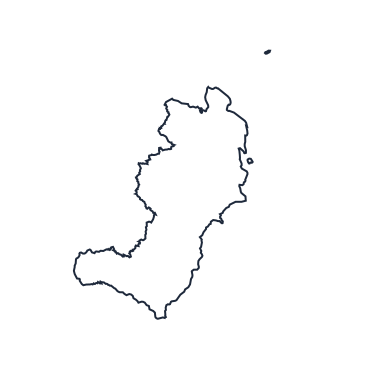 the district of Thung Wa, Satun, Thailand, rotated 146°
{"feature_id": "78962969B89746829348507", "entity_name": "Thung Wa", "entity_type": "district", "adm_level": 2, "iso_a3": "THA", "parent_name": "Thailand", "parent_adm1": "Satun", "projection": "robinson", "projection_center": [99.848, 7.08], "detail": "fine", "context": "isolated", "style": "outline", "palette": "slate", "viewbox_px": 384, "rotation_deg": 146, "n_neighbors": 0, "source": "geoboundaries", "source_scale": "gbopen_adm2", "svg_char_len": 6147}
<svg xmlns="http://www.w3.org/2000/svg" viewBox="0 0 384 384"><g transform="rotate(146 192 192)"><path d="M335.7,184.6L333.8,182.9L333.9,182.2L334.7,181.2L334.8,178.3L334.8,177.3L334.2,175.5L331.4,174.4L328.4,172.5L326.6,171.7L326.0,170.9L324.6,171.2L324.4,170.4L323.8,170.0L322.9,170.2L321.7,169.8L321.4,169.3L320.3,170.0L319.5,167.9L319.0,168.3L318.7,167.8L318.7,168.3L318.0,168.9L317.3,167.2L316.9,167.4L315.6,166.3L314.9,164.1L314.1,163.7L313.5,162.8L313.5,161.9L312.8,161.2L312.5,160.3L311.4,159.6L310.2,155.6L309.6,154.8L309.2,151.4L308.2,149.5L305.4,147.5L305.0,145.4L304.0,143.1L301.1,142.5L299.8,141.1L299.2,139.0L299.9,136.6L298.7,134.1L298.2,131.9L298.3,130.2L295.2,129.3L294.0,128.4L293.0,126.7L292.9,123.6L291.5,121.6L292.8,118.5L290.7,115.1L290.2,112.8L292.2,109.0L292.3,108.1L291.8,106.7L291.2,106.0L286.3,104.3L285.1,102.9L284.8,103.3L283.6,103.0L283.2,104.8L282.7,105.2L280.9,108.4L279.6,108.8L278.5,110.8L276.5,112.5L274.7,112.4L274.0,111.6L273.0,111.3L270.9,112.7L270.0,112.7L266.8,111.2L265.4,111.0L259.1,113.4L254.2,113.7L252.2,115.1L248.3,115.1L245.3,116.5L241.5,120.4L239.2,121.5L238.1,122.8L236.6,126.3L236.1,126.5L233.9,126.6L231.1,124.7L228.8,125.3L228.1,126.3L227.3,128.7L225.3,131.2L223.4,132.0L220.1,132.6L219.0,133.3L218.6,135.1L218.7,136.7L217.3,137.9L216.9,140.8L215.2,141.4L212.0,144.6L211.3,146.4L210.5,147.1L210.7,150.2L207.7,150.4L205.0,152.2L201.0,153.5L200.2,154.7L198.1,154.5L195.6,155.5L194.4,155.1L193.0,156.8L190.1,156.9L188.0,155.0L186.7,153.3L185.4,152.5L185.1,150.5L184.6,149.3L184.1,149.1L183.0,150.2L182.9,151.1L183.2,151.8L182.7,153.7L183.2,154.5L182.7,155.7L181.1,156.5L181.2,158.0L178.3,157.5L176.9,158.5L172.5,159.6L169.8,159.1L167.8,160.4L161.3,159.5L156.5,156.2L152.3,154.7L150.1,158.5L151.6,163.6L151.4,164.9L150.0,168.0L149.5,170.5L148.6,171.4L146.4,169.5L144.9,169.6L143.6,171.0L142.4,170.9L141.4,171.4L141.1,172.3L136.0,175.8L135.3,176.9L135.1,178.5L137.6,183.6L137.3,185.9L135.9,186.4L134.9,188.0L134.1,192.5L133.3,193.2L131.7,195.9L129.6,199.8L129.0,201.9L127.7,201.5L126.5,196.7L126.9,195.1L126.6,194.6L125.4,194.3L123.9,196.5L122.7,200.5L121.5,202.3L119.8,203.8L116.3,209.1L115.5,208.4L114.7,208.4L113.3,209.4L111.8,212.2L110.2,216.4L109.7,215.5L108.4,219.2L108.4,221.4L112.8,234.4L115.6,238.3L116.6,238.9L117.2,240.5L116.8,241.2L114.2,243.5L112.9,243.9L112.6,243.4L111.4,243.3L110.1,244.3L109.3,245.7L108.5,248.1L108.8,251.3L112.5,263.4L112.8,263.5L112.5,263.0L112.9,263.5L113.7,265.2L114.7,265.6L116.7,265.6L117.8,266.2L119.8,269.3L119.8,270.0L121.4,269.5L124.0,266.5L126.4,264.9L128.1,263.2L129.3,260.5L130.1,254.9L131.0,253.3L133.7,252.5L135.2,251.2L135.8,251.4L136.7,253.3L137.4,253.7L138.5,253.3L139.3,252.2L139.8,252.2L140.3,253.1L139.9,255.1L139.4,255.4L137.7,255.1L137.3,255.6L137.4,256.2L139.4,257.4L139.6,259.6L141.6,259.8L143.4,262.2L145.6,263.0L146.2,263.6L146.6,265.4L146.1,267.1L151.0,271.3L152.7,275.3L156.0,278.8L156.3,280.5L163.2,281.1L166.0,279.6L165.8,279.0L164.9,278.5L165.2,277.7L165.1,276.6L166.6,275.8L166.8,274.3L166.6,273.8L167.5,272.7L166.9,271.2L167.5,270.7L167.3,269.8L167.5,268.8L169.9,267.8L170.4,268.1L172.9,266.0L173.5,266.3L174.6,265.8L175.5,264.8L176.6,264.5L176.6,264.0L177.0,264.3L179.6,263.4L180.5,263.7L181.5,263.2L181.6,262.5L182.2,262.7L182.2,262.3L182.7,262.4L183.0,262.9L183.4,262.2L184.1,262.7L185.7,261.4L185.5,260.0L185.9,258.4L185.7,256.7L185.1,256.0L184.2,255.6L182.8,252.9L182.6,251.8L183.3,247.2L182.2,244.9L181.3,244.5L181.9,243.0L180.4,240.9L181.2,241.0L181.6,240.3L183.7,241.1L184.4,240.6L185.2,239.4L186.4,239.8L187.2,240.7L188.8,241.1L190.7,242.2L193.0,242.9L193.1,244.9L193.8,245.3L193.3,246.3L194.6,246.9L196.4,244.5L196.3,243.6L198.0,242.2L198.8,242.8L200.8,243.0L202.5,243.7L203.8,244.6L204.4,245.5L204.9,245.3L207.2,246.1L208.2,244.9L208.2,243.3L209.0,243.1L208.8,242.4L212.5,243.4L212.0,241.6L213.0,241.1L213.3,240.1L214.8,241.7L215.9,242.1L216.6,243.3L217.4,243.2L218.7,244.7L219.8,245.1L220.1,245.6L220.4,245.3L220.3,244.9L220.8,244.7L220.6,243.6L221.1,240.3L223.0,239.2L223.3,238.2L225.1,237.4L225.2,236.1L228.3,236.1L229.2,235.4L230.3,235.5L230.5,234.6L230.2,233.3L230.5,233.2L230.4,232.5L231.3,231.6L230.9,230.3L231.6,229.3L231.7,227.6L232.6,227.5L233.4,226.4L234.6,225.7L235.7,225.5L235.7,224.7L237.1,225.0L238.0,224.6L237.7,223.5L238.2,222.4L239.1,221.9L239.8,222.0L239.1,221.1L239.4,218.8L238.8,218.0L238.4,216.3L239.1,215.2L238.9,214.5L237.8,213.2L237.8,211.9L237.0,210.5L237.4,209.2L237.5,207.3L238.6,206.3L238.5,205.6L238.9,203.8L238.4,203.1L236.5,203.4L236.0,202.5L235.7,201.3L236.4,201.0L236.5,200.1L235.5,197.9L235.8,196.3L234.4,195.6L234.7,193.6L235.2,194.3L236.5,194.1L237.4,192.8L239.5,191.1L242.9,189.5L243.3,190.5L244.3,191.5L246.7,192.0L248.6,188.9L249.9,188.6L250.9,186.2L252.5,185.2L253.5,183.1L254.7,182.6L256.6,179.5L259.1,179.2L259.9,179.7L260.7,181.0L262.6,181.1L263.0,180.5L263.8,180.7L263.5,180.2L263.5,178.9L264.1,178.4L265.0,178.9L266.3,178.1L266.6,177.1L268.5,179.0L269.1,178.4L269.5,178.5L270.3,177.2L272.2,176.8L273.1,177.2L273.2,176.8L273.8,176.8L273.9,176.2L274.7,176.4L275.3,177.4L276.8,177.4L276.9,176.7L278.3,176.3L278.1,174.8L278.8,172.6L280.4,172.8L280.9,174.9L282.0,175.3L283.8,178.5L284.8,177.7L284.8,176.8L285.5,177.1L286.0,179.8L287.2,181.2L287.3,182.3L287.7,182.8L288.8,182.9L288.6,184.5L289.0,184.7L288.7,185.5L289.2,185.6L289.4,186.6L289.1,187.1L289.5,187.5L289.1,187.5L289.3,188.1L288.5,188.5L288.2,190.7L289.9,191.3L290.5,191.1L290.4,190.7L291.0,190.3L291.6,190.5L291.8,190.0L292.6,189.9L293.1,191.1L293.5,191.1L293.5,191.6L294.2,191.5L295.0,192.3L298.5,192.7L300.7,194.4L302.5,194.4L304.7,196.3L305.6,196.4L307.0,195.8L308.7,197.9L308.5,200.6L308.9,201.5L311.5,202.0L313.4,201.1L315.4,201.0L316.8,201.9L317.8,203.9L319.0,204.3L319.8,203.9L320.5,202.5L322.1,201.6L323.7,201.3L324.9,201.5L325.8,201.1L328.4,197.8L330.6,196.4L331.1,195.5L334.0,192.7L335.1,189.6L335.7,184.6ZM126.1,182.8L125.2,182.8L124.8,183.2L124.7,186.6L125.9,187.7L127.7,187.8L128.3,187.1L128.8,185.4L128.8,183.8L128.3,183.4L127.1,183.8L126.1,182.8ZM52.6,264.9L49.5,264.6L48.3,265.5L49.5,266.4L51.7,266.5L52.9,266.9L53.8,266.5L53.6,265.5L52.6,264.9Z" fill="none" stroke="#1e293b" stroke-width="2"/></g></svg>